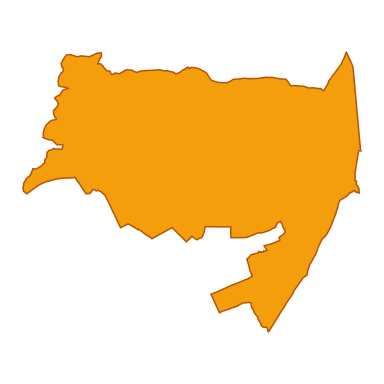 Cristian, Sibiu, Romania (Mercator projection)
{"feature_id": "2599482B61474640296478", "entity_name": "Cristian", "entity_type": "district", "adm_level": 2, "iso_a3": "ROU", "parent_name": "Romania", "parent_adm1": "Sibiu", "projection": "mercator", "projection_center": [24.019, 45.778], "detail": "fine", "context": "isolated", "style": "filled", "palette": "amber", "viewbox_px": 384, "rotation_deg": 0, "n_neighbors": 0, "source": "geoboundaries", "source_scale": "gbopen_adm2", "svg_char_len": 5808}
<svg xmlns="http://www.w3.org/2000/svg" viewBox="0 0 384 384"><path d="M152.0,238.8L153.1,238.0L172.2,227.6L186.4,241.9L192.0,236.4L196.1,239.4L196.5,239.6L197.6,239.6L198.0,239.4L199.1,238.4L201.5,237.8L202.9,235.5L203.6,233.7L204.4,231.1L205.1,226.7L230.8,226.9L230.7,231.1L230.9,237.7L236.0,237.6L239.7,237.7L246.3,237.5L252.0,235.5L254.7,234.2L257.4,233.2L259.5,232.8L261.1,233.0L261.9,232.9L269.3,230.5L270.6,229.9L271.2,229.2L274.5,227.8L275.6,227.1L275.9,226.8L275.7,225.8L276.4,225.3L276.7,224.8L276.7,224.2L276.9,223.6L277.4,223.0L278.1,222.3L278.9,222.2L280.7,221.4L280.8,222.3L282.2,224.3L282.5,225.7L283.0,227.0L283.7,228.5L284.9,230.5L285.2,231.2L285.2,231.7L284.5,233.0L283.8,233.9L279.0,237.5L279.0,237.8L279.9,239.9L279.8,240.3L274.3,242.7L271.2,243.9L264.1,245.7L267.0,250.5L264.7,251.1L263.9,250.8L263.9,251.7L263.7,251.9L261.6,252.3L261.3,252.3L261.3,251.8L258.4,251.5L258.4,251.9L258.8,252.5L258.0,253.1L256.2,253.4L252.0,254.4L250.5,255.2L249.8,256.2L248.7,257.5L246.9,259.1L249.0,266.4L250.0,270.9L252.2,276.2L248.5,278.6L246.4,279.5L244.8,279.9L242.8,281.0L241.3,281.3L238.6,282.6L231.5,285.3L216.7,292.0L211.0,294.3L219.5,312.8L222.8,311.1L228.5,309.3L231.3,308.1L232.4,307.9L233.2,307.4L234.0,307.4L234.6,306.9L235.2,306.7L237.5,306.1L238.4,305.5L238.5,305.1L239.2,304.9L240.6,304.1L241.8,303.8L242.6,303.0L243.0,302.8L244.0,303.0L245.0,302.8L246.2,302.9L247.9,302.4L250.5,302.6L251.3,303.7L251.2,304.0L251.3,305.2L251.2,305.5L251.2,305.9L251.6,306.6L251.9,308.0L253.1,309.5L254.7,313.5L255.4,314.1L256.2,315.3L257.5,316.4L257.6,317.8L257.8,318.4L258.0,319.0L258.4,319.4L258.7,320.4L260.5,322.9L261.1,325.2L261.3,325.5L262.6,326.7L263.5,327.2L264.8,327.4L266.7,327.3L267.3,328.4L267.8,330.5L268.3,331.7L269.4,330.5L271.2,327.7L281.4,311.1L284.6,306.3L286.3,303.3L293.3,292.9L293.3,292.3L293.5,291.5L302.2,279.1L302.6,278.3L304.6,276.7L306.0,275.9L306.9,275.1L307.1,274.5L307.3,273.4L307.6,270.9L308.5,268.7L309.3,266.2L309.6,264.9L309.5,264.1L310.3,263.7L311.7,261.5L312.7,259.3L315.1,255.4L316.9,251.4L318.1,247.5L319.7,244.2L320.7,242.0L321.5,240.6L322.4,238.6L324.3,237.3L327.0,233.8L328.5,231.1L331.0,226.0L336.1,212.8L336.6,210.6L337.6,207.8L338.2,205.0L339.0,202.2L339.9,200.3L341.6,199.4L345.6,196.9L347.6,195.3L348.5,194.3L349.0,194.0L349.6,192.9L350.0,192.6L350.9,192.6L352.1,192.1L352.3,191.6L353.7,190.7L354.3,190.5L354.8,190.7L355.0,191.2L355.0,191.6L356.1,192.0L356.6,192.4L357.3,192.2L357.9,192.4L358.4,193.0L359.2,193.0L359.0,189.2L358.6,187.9L357.5,185.7L356.2,184.6L356.2,183.5L356.6,181.6L356.3,181.0L354.9,180.2L354.8,179.5L355.2,178.4L355.3,176.8L355.0,175.0L355.0,173.5L358.6,150.7L361.0,150.8L360.7,150.3L360.4,148.9L353.1,68.1L352.4,65.5L352.0,64.4L346.9,53.2L346.4,52.3L346.1,52.5L345.9,52.8L345.0,55.9L341.3,63.9L339.8,66.1L332.5,75.9L330.9,78.3L329.0,80.5L328.5,81.6L328.1,83.4L323.6,90.9L321.4,89.1L320.2,88.4L320.0,88.6L318.0,88.5L314.1,87.9L311.2,87.8L310.5,88.0L309.8,88.0L307.0,87.6L305.7,86.8L303.7,86.3L293.7,85.6L291.0,85.7L290.6,85.5L290.2,85.1L288.1,81.9L286.0,79.2L281.5,79.0L274.7,78.0L272.2,77.3L270.1,77.5L265.9,77.2L258.3,78.4L253.2,78.6L249.2,78.7L245.3,78.3L243.3,78.3L237.2,79.2L233.7,79.2L229.0,81.9L227.4,82.6L224.1,82.7L218.4,82.5L213.6,81.1L211.6,80.4L209.7,78.0L206.8,73.3L203.6,71.1L202.5,70.7L200.4,69.4L196.5,68.0L193.7,67.6L191.0,67.4L189.2,68.6L188.5,67.8L188.1,67.1L186.6,67.8L184.7,69.1L182.8,70.0L181.2,71.3L178.7,73.0L176.0,73.8L175.6,73.8L174.4,72.7L173.5,72.3L171.9,71.8L171.0,71.8L168.8,71.0L166.1,70.7L164.8,70.9L163.4,70.8L160.4,69.8L156.0,70.0L153.9,70.3L147.9,70.4L143.9,70.8L141.8,70.8L140.3,71.2L136.7,72.4L134.2,71.5L132.2,70.2L127.2,69.9L126.8,69.6L125.9,70.1L125.2,70.7L124.2,70.6L123.8,70.9L123.5,71.8L121.9,72.1L120.1,73.5L118.6,73.8L116.4,73.0L115.7,73.0L114.4,73.5L114.1,73.9L113.3,73.9L113.0,74.3L112.7,74.5L111.6,74.4L111.0,74.0L110.8,73.4L110.7,72.5L110.4,71.7L109.9,71.3L109.3,71.0L107.2,70.9L106.0,69.9L103.6,67.3L102.9,66.1L101.7,65.1L100.7,63.8L97.6,63.8L98.6,61.9L99.6,59.2L101.2,56.9L101.4,56.3L101.5,54.2L101.2,52.7L96.6,53.4L89.6,56.6L88.9,56.7L81.2,55.9L78.0,56.6L76.9,56.7L70.7,54.7L69.2,54.6L66.2,55.1L65.6,56.1L64.2,58.0L62.8,60.2L62.1,61.6L61.3,63.6L61.6,66.1L63.0,68.3L63.4,69.7L63.4,70.4L63.2,71.2L62.7,71.9L61.2,72.9L58.9,76.6L58.6,77.6L58.3,80.3L58.2,82.3L58.6,84.5L58.6,85.3L58.8,85.9L60.2,86.5L66.1,87.4L68.1,88.4L64.3,89.5L63.3,90.0L62.5,90.7L61.5,92.0L60.7,93.6L59.4,95.5L59.0,95.3L57.8,95.7L56.7,96.5L56.1,97.1L54.8,97.6L54.7,98.1L54.9,98.7L57.6,101.7L58.1,102.4L58.2,102.9L58.0,105.0L57.7,105.7L55.2,109.0L53.6,110.3L53.5,112.8L53.8,114.5L54.6,116.4L56.1,118.5L56.2,119.5L51.9,120.3L50.9,120.8L46.8,124.3L45.3,126.5L45.0,127.6L44.0,129.8L43.8,131.3L43.2,133.1L43.1,134.0L43.5,136.0L43.2,137.2L42.9,137.5L43.9,137.8L45.2,138.6L49.4,139.9L52.3,140.2L53.3,141.0L56.9,144.8L58.0,144.6L60.6,144.8L62.7,144.8L62.8,146.0L62.7,146.6L61.8,149.4L57.4,148.9L55.7,149.3L55.2,149.1L54.3,148.5L53.6,148.5L52.8,148.9L51.4,150.1L49.0,150.4L48.7,150.7L48.5,151.3L47.2,152.1L47.0,152.7L46.8,156.7L46.1,158.4L45.0,159.5L44.8,159.9L44.7,160.6L44.8,162.1L44.5,163.0L42.9,164.3L41.0,166.2L39.4,167.2L38.3,167.7L36.8,168.8L36.0,169.1L32.8,168.7L31.3,173.2L29.6,176.0L26.7,178.2L23.6,183.5L23.6,185.0L23.1,186.9L23.0,187.7L23.3,189.1L23.3,190.5L23.5,191.1L23.9,191.6L25.1,192.3L26.0,193.4L26.7,193.9L37.8,185.7L42.3,183.3L45.5,181.9L55.6,179.2L62.4,178.1L69.5,178.0L75.0,177.5L81.9,187.5L82.2,188.3L86.2,194.0L86.8,193.6L87.4,193.5L88.6,193.6L89.6,193.5L90.4,192.9L91.3,191.9L92.4,189.7L93.4,189.2L96.4,190.9L98.1,190.2L99.4,191.1L100.6,191.7L101.7,192.0L102.9,193.7L104.7,194.7L108.4,202.2L109.2,203.5L111.7,209.1L113.7,213.1L120.5,227.7L128.2,223.8L134.0,227.1L137.2,229.2L137.7,229.7L138.6,229.1L146.3,235.0L146.6,235.0L151.4,238.1L152.0,238.8Z" fill="#f59e0b" stroke="#b45309" stroke-width="1.5"/></svg>